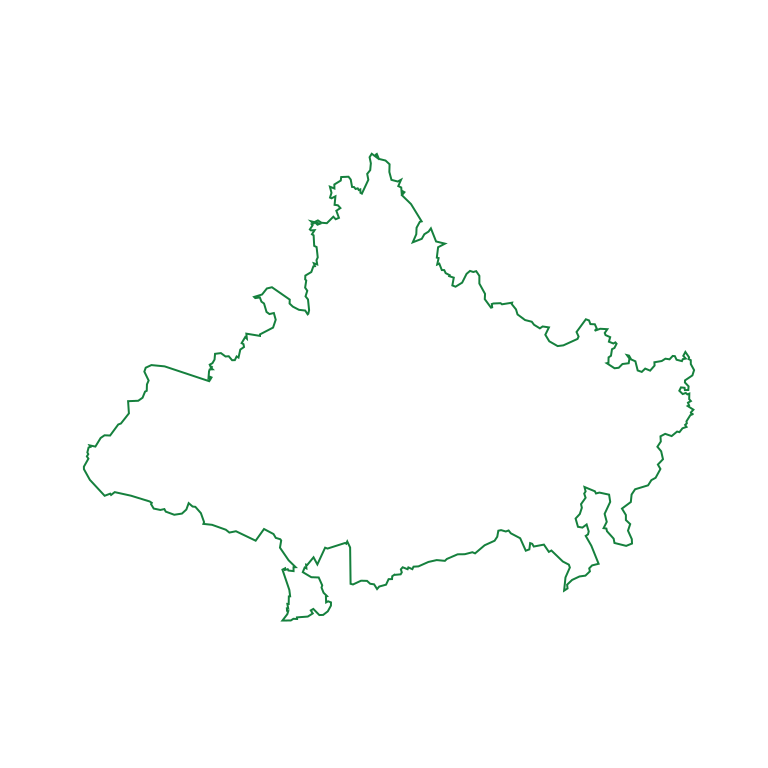 Izúcar de Matamoros, Puebla, Mexico (Mercator projection), rotated 262°
{"feature_id": "50627088B35864847350970", "entity_name": "Izúcar de Matamoros", "entity_type": "district", "adm_level": 2, "iso_a3": "MEX", "parent_name": "Mexico", "parent_adm1": "Puebla", "projection": "mercator", "projection_center": [-98.44, 18.506], "detail": "fine", "context": "isolated", "style": "outline", "palette": "green", "viewbox_px": 768, "rotation_deg": 262, "n_neighbors": 0, "source": "geoboundaries", "source_scale": "gbopen_adm2", "svg_char_len": 6151}
<svg xmlns="http://www.w3.org/2000/svg" viewBox="0 0 768 768"><g transform="rotate(262 384 384)"><path d="M488.3,267.5L487.0,268.5L487.0,273.1L482.6,274.1L480.4,276.4L471.7,277.7L469.2,280.3L469.6,284.8L462.7,285.7L455.3,282.0L450.4,268.1L448.9,267.9L453.0,254.7L448.0,254.5L449.8,253.1L444.3,248.7L443.0,250.4L440.1,250.5L438.1,246.5L430.4,243.6L431.8,241.9L428.4,239.6L428.7,236.9L433.1,234.1L433.3,230.9L437.3,226.8L437.4,220.9L431.8,219.6L428.5,217.0L427.4,214.1L424.6,214.8L425.4,216.5L423.8,215.2L422.4,216.3L422.7,213.4L420.9,212.5L413.7,210.9L413.1,212.7L415.1,213.1L414.5,214.1L411.1,211.3L432.0,169.2L435.1,156.3L433.3,150.3L429.6,148.4L420.2,151.4L416.6,149.2L410.3,148.1L409.7,146.3L404.0,143.0L401.6,138.3L402.6,128.2L390.4,127.3L381.5,118.0L380.9,115.2L371.1,105.6L372.1,100.1L370.0,95.9L362.2,89.5L364.2,83.9L362.6,84.6L362.2,82.6L357.5,80.7L355.7,81.4L353.7,79.7L351.2,80.9L343.9,75.3L341.4,75.0L330.0,79.4L312.2,91.8L313.5,97.6L312.1,98.3L314.4,102.3L308.6,117.9L300.3,135.6L298.6,137.5L297.5,136.6L292.7,138.6L290.4,145.0L290.7,149.1L288.0,150.1L283.7,158.1L283.8,165.9L287.2,170.8L293.2,174.0L289.3,177.4L288.6,180.1L281.6,184.7L272.3,186.6L270.6,185.7L268.5,194.1L261.7,207.1L258.4,210.2L258.8,216.9L246.7,235.1L257.1,245.0L250.8,253.7L246.7,255.4L244.7,259.7L243.3,260.4L236.4,258.2L222.7,265.0L214.9,271.0L215.1,268.9L211.3,268.4L212.6,263.4L214.0,262.9L213.7,260.1L215.2,260.3L214.3,257.6L193.2,261.6L186.8,261.5L186.9,260.2L179.4,259.0L179.7,257.7L174.9,257.9L175.3,256.6L172.9,256.4L172.5,257.6L169.5,256.2L163.9,250.5L162.8,258.8L164.1,261.6L163.4,265.2L165.0,265.3L164.3,276.2L166.7,281.5L170.0,280.0L171.1,282.7L164.2,287.8L163.8,291.6L166.7,296.7L171.9,300.6L175.1,301.1L176.6,298.4L175.8,296.3L181.6,296.9L181.8,298.1L185.7,295.1L191.1,293.8L193.2,294.8L201.5,292.4L202.8,285.1L209.0,277.4L213.3,279.9L212.2,281.5L216.0,281.7L215.5,282.8L222.2,290.1L214.6,292.9L230.1,302.9L228.9,305.2L232.0,323.4L231.1,324.4L233.2,325.7L226.8,327.7L190.8,323.1L189.8,325.4L192.4,333.9L191.4,339.8L188.1,342.5L187.0,346.3L181.9,348.6L184.1,351.1L185.0,358.1L190.1,361.4L189.7,364.8L192.5,365.4L194.1,368.6L193.5,368.0L193.2,374.0L195.0,375.4L198.1,374.9L199.9,377.0L197.3,381.6L199.0,382.6L196.7,386.3L199.0,387.8L198.6,392.7L201.6,403.2L202.3,411.7L200.4,419.7L202.0,421.9L205.1,433.2L204.2,440.3L205.1,448.1L203.6,450.6L210.3,461.2L213.4,471.7L217.0,474.9L222.8,476.8L223.0,479.6L221.0,484.1L221.6,487.0L218.5,488.8L212.3,497.4L199.2,501.2L200.0,504.9L206.1,506.6L205.1,508.5L202.2,509.7L202.7,520.0L194.8,523.9L195.8,526.6L183.3,536.4L179.4,541.9L176.4,542.5L167.2,536.8L154.3,533.6L156.0,537.3L159.8,537.4L163.8,543.0L166.2,550.8L166.2,556.8L169.8,561.8L172.9,561.6L175.4,564.8L176.1,571.5L195.0,566.8L205.5,562.6L206.7,565.1L209.5,566.2L216.7,565.1L214.2,560.5L215.6,556.2L224.1,555.0L228.0,559.8L233.9,562.7L237.6,562.4L243.3,567.8L247.6,567.0L249.6,568.7L254.1,568.2L248.4,577.9L246.1,578.7L246.5,582.2L243.1,591.5L235.8,591.6L224.7,584.4L216.5,585.4L210.7,581.4L209.9,584.1L207.2,584.3L198.9,589.9L194.5,590.1L190.0,601.3L191.5,607.4L195.9,607.8L204.8,605.2L211.0,608.3L215.6,604.6L220.6,605.3L227.5,602.3L232.8,612.0L240.1,613.8L244.8,618.0L246.9,631.4L251.6,635.4L253.3,639.9L260.4,645.2L261.4,645.9L266.1,644.0L270.7,649.8L278.8,649.1L283.8,646.0L288.5,650.1L293.7,650.5L295.5,655.5L292.4,661.6L296.1,667.6L295.2,669.9L298.6,673.4L299.4,677.6L301.6,676.5L302.9,678.4L304.9,678.3L310.5,683.0L311.3,686.2L311.6,684.2L313.1,683.9L315.5,686.8L319.9,681.7L320.4,683.1L323.2,682.4L324.4,685.5L326.5,684.1L332.0,685.0L331.5,683.0L333.1,681.6L332.5,678.4L336.2,675.5L339.3,677.6L338.4,681.1L336.1,681.1L335.7,684.5L339.3,685.3L343.6,682.2L345.7,682.6L349.6,690.6L354.6,693.0L361.0,690.6L364.9,691.1L366.3,689.1L368.0,689.8L373.8,686.9L370.2,684.3L367.2,686.3L367.0,683.3L365.2,682.2L367.3,677.1L371.1,675.9L371.6,673.8L368.7,670.2L369.9,666.2L368.1,662.2L367.9,654.8L364.6,654.5L360.2,649.4L362.9,644.8L360.1,640.9L362.1,637.1L371.5,636.1L373.9,632.2L378.0,630.6L378.8,628.6L375.0,630.6L370.5,629.2L370.6,622.9L367.4,618.7L367.5,614.5L373.6,607.5L373.8,609.2L379.1,610.1L380.4,612.7L386.7,614.6L387.6,617.2L391.5,619.9L393.0,618.9L392.2,616.8L394.6,612.6L398.9,614.5L401.6,610.2L403.8,609.7L407.2,612.8L408.6,605.8L407.4,600.1L409.3,602.4L413.8,601.1L414.6,596.7L418.4,595.9L420.0,592.9L408.7,581.9L403.9,583.3L401.7,581.9L397.3,567.0L397.4,561.2L403.3,553.6L410.3,550.6L417.1,555.2L418.9,549.1L417.4,546.1L421.8,540.8L425.1,539.0L427.7,532.6L434.3,525.9L439.5,525.1L445.4,521.6L446.7,522.2L446.5,511.9L447.8,510.7L448.5,503.6L448.2,501.9L444.9,501.8L444.7,500.6L454.0,495.6L459.2,496.6L470.2,492.4L477.8,493.5L482.9,491.0L482.5,488.0L484.0,484.9L481.6,481.1L473.5,475.5L470.4,468.4L472.1,465.4L479.6,467.9L481.7,463.6L482.6,464.2L485.2,460.5L488.4,459.5L488.8,457.1L495.5,455.5L494.9,453.3L501.1,455.6L501.8,453.9L511.9,456.6L514.5,463.9L517.9,455.4L531.6,452.1L528.7,449.3L526.7,444.8L522.5,441.6L520.3,432.2L527.8,436.8L534.2,438.0L539.6,442.0L539.8,443.9L558.4,435.8L568.5,428.0L571.1,430.9L572.4,429.2L570.9,428.1L576.2,428.4L578.0,425.7L583.9,429.3L582.6,425.8L585.1,419.8L593.2,418.8L600.8,420.1L605.1,416.6L607.6,410.3L612.8,408.9L612.3,407.9L609.1,408.6L613.7,403.9L610.6,401.3L604.4,401.7L597.7,400.1L594.4,396.6L588.4,396.9L575.6,388.6L576.6,387.3L580.0,387.6L579.6,386.0L581.4,385.2L581.1,383.0L583.2,381.7L583.6,379.8L591.1,379.5L594.2,377.7L594.9,370.4L591.5,369.5L588.5,362.6L584.5,362.1L586.9,357.9L580.6,358.6L576.1,356.5L575.2,357.9L576.6,362.0L568.3,360.0L567.4,363.2L564.3,365.3L562.2,360.9L554.8,362.5L553.9,359.1L556.7,357.1L551.2,349.8L552.4,344.5L555.2,341.3L554.3,338.5L551.5,342.4L551.0,340.3L553.8,338.1L555.3,334.3L552.7,336.3L552.3,334.6L551.0,335.3L547.4,332.1L546.3,333.0L546.0,336.7L542.3,333.5L541.0,335.0L530.5,334.1L529.0,336.3L518.6,336.0L516.0,334.4L511.7,334.5L513.3,331.3L510.3,332.0L510.3,330.4L505.0,327.6L502.3,321.2L498.6,320.5L497.3,321.4L490.4,319.3L487.0,321.0L481.7,318.5L478.3,320.5L467.5,320.1L464.1,318.8L463.6,318.1L467.7,316.2L469.3,310.1L473.3,304.5L476.8,301.7L480.7,302.4L495.4,286.5L494.9,281.3L489.6,275.7L488.3,267.5Z" fill="none" stroke="#15803d" stroke-width="2"/></g></svg>